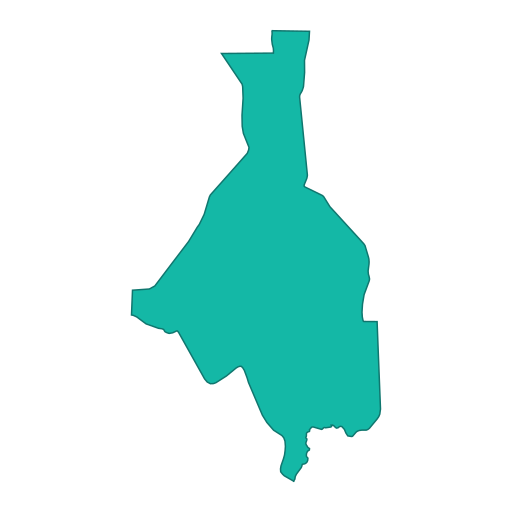 Upper Nile, Equal Earth projection
{"feature_id": "SDS-869", "entity_name": "Upper Nile", "entity_type": "State", "adm_level": 1, "iso_a3": "SSD", "parent_name": "South Sudan", "parent_adm1": "", "projection": "equal_earth", "projection_center": [32.959, 10.08], "detail": "fine", "context": "isolated", "style": "filled", "palette": "teal", "viewbox_px": 512, "rotation_deg": 0, "n_neighbors": 0, "source": "natural_earth", "source_scale": "10m", "svg_char_len": 2835}
<svg xmlns="http://www.w3.org/2000/svg" viewBox="0 0 512 512"><path d="M380.1,411.7L379.8,414.1L378.8,416.5L377.2,418.9L369.4,428.3L367.8,429.5L366.3,430.1L361.9,430.1L359.2,430.5L357.9,431.0L356.6,431.7L355.8,432.5L352.6,436.2L352.2,436.4L351.4,436.5L347.8,435.9L345.9,433.0L344.4,429.4L341.9,426.6L340.3,426.3L339.1,426.9L338.0,427.8L336.5,428.1L335.4,427.4L334.2,426.1L332.8,425.1L331.2,425.2L331.7,426.0L331.6,426.4L330.9,427.0L325.6,427.8L324.6,427.5L324.0,427.6L323.4,428.0L322.3,429.1L321.6,429.4L313.0,426.9L311.6,427.2L309.4,429.8L309.5,430.2L309.7,430.9L309.1,431.6L307.9,431.9L306.9,432.6L306.5,433.3L306.4,434.1L306.4,435.9L306.3,436.4L305.9,437.1L305.8,437.7L306.0,438.0L306.7,438.7L306.9,439.1L306.7,440.4L306.0,442.4L305.8,443.1L306.1,444.4L306.6,445.4L307.2,446.2L307.8,447.4L308.5,447.9L309.5,448.5L309.4,449.9L308.9,450.4L308.1,450.8L307.4,451.5L306.8,452.7L306.5,453.6L306.4,454.7L306.4,456.2L306.6,456.7L307.7,457.8L307.9,458.3L307.7,460.4L307.1,461.9L306.1,463.0L304.8,463.8L302.4,464.3L302.1,464.9L301.9,465.8L301.6,466.8L301.1,467.8L296.6,473.9L295.6,475.8L295.2,476.8L294.9,479.0L294.5,479.8L294.1,480.3L293.8,481.3L293.7,481.3L293.7,481.2L284.3,475.8L282.6,474.2L280.7,471.8L280.5,468.9L281.0,465.9L283.4,459.0L284.5,455.1L285.1,450.7L285.4,446.4L285.0,441.2L283.8,437.8L281.9,435.5L273.6,430.2L266.9,422.5L262.4,415.2L248.5,382.5L247.1,377.8L244.3,370.3L242.7,367.7L241.2,366.3L239.7,366.3L237.9,366.9L236.0,368.1L226.4,376.0L215.9,382.7L213.4,383.6L210.4,383.7L207.2,382.0L204.6,378.9L178.6,332.4L177.6,331.2L177.2,330.9L176.6,330.9L176.3,331.1L172.7,332.8L169.2,333.4L168.1,333.1L166.5,332.5L165.0,331.7L164.4,330.8L163.7,329.5L162.1,328.8L158.5,328.3L146.1,323.9L136.7,316.9L133.2,315.3L131.5,315.0L132.5,290.2L149.3,289.0L154.8,286.0L171.7,263.7L188.6,241.5L197.2,227.3L199.3,224.4L204.2,214.3L209.4,196.9L210.4,194.9L228.9,174.1L247.3,153.3L248.6,150.0L249.0,147.4L243.4,133.4L242.2,126.3L242.0,115.3L243.1,98.3L242.7,87.5L242.6,86.3L242.2,84.6L242.0,84.0L221.5,53.5L247.4,53.3L273.4,53.1L273.5,50.6L273.4,49.3L273.3,48.1L272.3,44.4L271.7,39.5L271.7,38.2L271.8,36.8L272.1,34.3L272.1,33.0L272.1,32.3L272.0,31.7L272.0,31.2L272.2,30.7L309.5,31.3L309.0,40.0L304.5,60.3L304.6,72.5L303.5,86.4L303.2,87.6L302.2,90.6L301.3,92.3L300.3,93.9L300.0,94.6L299.7,95.6L299.6,97.1L303.5,136.1L307.4,175.2L307.1,177.1L306.8,178.4L304.8,183.3L304.2,184.9L304.1,186.1L305.0,187.0L322.2,195.4L323.0,196.0L323.7,196.7L329.9,206.7L346.9,225.3L363.8,243.8L365.0,245.6L368.5,257.3L368.9,259.1L369.1,261.9L369.0,264.0L368.1,271.0L368.4,274.2L369.0,276.2L369.5,278.6L369.5,279.4L369.4,280.0L369.1,281.1L364.1,294.6L362.5,304.2L362.0,312.2L362.3,316.9L362.9,319.9L363.1,320.6L363.3,321.1L363.6,321.4L363.8,321.5L377.1,321.6L378.1,348.0L379.3,378.5L380.5,409.1L380.1,411.7Z" fill="#14b8a6" stroke="#0f766e" stroke-width="1.5"/></svg>